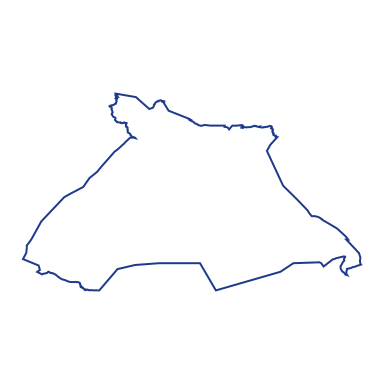 Alvdal nor, Hedmark, Norway (Natural Earth projection)
{"feature_id": "86288312B34159000507118", "entity_name": "Alvdal nor", "entity_type": "district", "adm_level": 2, "iso_a3": "NOR", "parent_name": "Norway", "parent_adm1": "Hedmark", "projection": "natural_earth1", "projection_center": [10.555, 62.097], "detail": "fine", "context": "isolated", "style": "outline", "palette": "blue", "viewbox_px": 384, "rotation_deg": 0, "n_neighbors": 0, "source": "geoboundaries", "source_scale": "gbopen_adm2", "svg_char_len": 5790}
<svg xmlns="http://www.w3.org/2000/svg" viewBox="0 0 384 384"><path d="M159.1,263.2L200.0,263.2L215.9,290.4L280.4,271.8L293.4,263.2L319.5,262.3L321.4,263.3L321.8,264.2L322.4,264.8L323.6,266.5L331.7,260.2L332.6,259.4L334.4,259.0L336.2,258.2L343.8,256.4L344.3,256.5L345.1,256.7L345.0,257.4L344.4,257.9L344.2,258.4L344.0,259.1L344.0,259.7L344.3,260.3L344.2,260.8L343.2,261.6L340.8,266.0L340.5,267.0L340.6,268.3L341.2,269.7L342.4,271.6L343.4,272.1L344.0,272.6L344.8,273.8L345.8,274.9L346.6,274.7L347.0,274.9L346.5,274.1L346.4,273.3L346.4,272.7L346.4,272.4L346.6,270.6L347.3,269.1L347.2,268.8L349.0,268.5L351.9,267.6L352.8,267.1L355.1,266.7L356.8,265.9L359.3,265.2L361.0,264.6L360.4,263.8L359.9,260.4L360.1,260.1L360.3,258.4L360.4,257.9L360.2,256.9L358.8,252.7L357.5,251.7L356.5,250.4L346.5,239.8L346.3,239.6L348.2,239.6L346.1,236.8L337.4,228.8L336.4,228.1L322.3,219.8L322.0,219.2L320.6,218.5L320.1,217.9L317.9,216.9L315.0,216.2L313.9,216.1L312.6,216.2L312.1,216.1L311.7,216.1L309.1,213.0L307.8,210.6L296.8,199.2L283.1,185.7L266.9,150.9L270.4,144.7L277.3,137.1L275.9,136.9L276.0,136.6L275.5,136.4L275.1,136.1L275.0,135.9L275.3,135.6L274.5,135.5L274.0,135.3L274.0,135.1L273.9,135.0L273.2,134.6L273.2,134.4L273.5,134.1L273.4,133.9L273.6,133.8L273.6,133.5L273.7,133.3L273.1,132.5L272.6,132.4L272.5,132.2L272.4,131.9L272.5,131.8L272.4,131.6L272.6,131.3L272.5,130.9L272.9,130.6L272.8,130.2L272.9,129.7L272.6,129.5L272.6,129.2L272.2,129.1L272.1,128.9L271.4,128.5L271.6,128.2L271.4,128.1L271.5,128.0L271.4,127.8L271.3,127.6L271.3,127.4L271.4,127.0L271.6,127.1L271.4,126.7L271.6,126.5L271.4,126.3L271.2,126.2L270.9,126.4L270.7,126.3L270.7,126.1L269.2,126.0L267.9,126.7L266.1,126.9L265.7,127.1L265.1,126.9L264.0,127.3L263.4,127.1L262.5,127.6L260.6,127.2L260.1,127.3L259.9,127.1L259.1,127.0L259.0,126.8L259.2,126.6L257.6,126.8L256.3,126.2L256.0,125.9L255.3,125.9L254.9,126.2L254.6,126.1L254.5,125.9L254.1,125.8L252.9,126.3L252.4,126.6L250.8,126.9L249.9,127.2L248.3,127.1L247.0,127.3L245.6,127.3L243.5,127.0L242.9,128.0L241.8,127.6L241.7,127.7L241.3,127.7L241.4,127.1L241.8,126.4L242.1,125.2L242.3,125.2L242.2,125.1L240.0,125.2L239.3,125.4L236.2,125.7L232.3,125.7L232.0,126.0L229.1,129.4L228.3,128.2L227.4,127.4L226.1,127.0L224.5,126.9L224.6,125.6L210.2,125.6L206.0,125.1L204.5,125.0L203.6,125.2L202.0,125.6L201.5,125.9L201.2,125.9L199.6,125.4L198.3,125.2L198.0,124.9L197.8,124.6L197.3,124.4L197.2,124.2L196.8,124.1L196.5,123.9L196.2,123.9L195.5,123.5L194.9,123.4L194.1,122.5L193.5,122.1L193.1,121.7L192.7,121.6L192.4,121.4L191.7,121.2L191.7,120.9L190.8,120.5L191.4,120.3L191.4,120.1L190.9,120.0L190.6,120.3L190.2,120.3L190.2,119.8L189.9,119.5L188.9,119.0L189.1,118.8L168.6,110.7L163.8,102.9L163.8,102.4L164.1,102.1L163.8,101.9L163.7,101.7L164.0,101.3L163.2,101.1L163.0,101.4L162.9,101.6L162.3,101.8L162.0,101.6L162.0,101.1L162.0,100.9L161.2,100.7L161.4,100.6L161.3,100.4L160.7,100.4L159.1,100.6L158.9,100.7L158.8,100.9L158.6,100.8L157.9,101.1L157.9,101.4L156.7,101.6L156.3,102.2L155.5,102.6L155.0,103.2L154.8,103.8L154.8,104.1L154.6,104.2L154.5,104.5L154.0,104.7L153.9,105.0L153.9,105.8L153.6,106.5L153.5,106.8L152.9,107.6L152.4,108.0L150.6,108.5L149.3,109.0L135.9,97.1L115.6,93.6L115.7,94.0L116.6,94.1L116.6,94.4L116.5,94.6L116.2,94.8L116.2,95.0L115.9,95.0L115.8,94.9L115.6,94.9L115.7,95.2L115.7,95.6L116.2,95.7L115.9,95.9L116.2,96.1L116.8,96.4L116.7,96.5L117.6,96.8L117.9,97.1L116.1,97.6L116.2,98.1L115.8,98.4L116.0,98.5L116.2,98.4L116.6,98.4L117.0,98.8L116.5,99.2L116.5,99.5L116.3,99.8L116.5,99.9L116.5,100.3L116.5,101.2L116.6,101.5L116.4,102.1L115.9,102.6L115.7,103.1L115.9,103.6L115.6,103.8L114.8,104.0L114.1,104.6L113.0,105.0L112.7,105.4L111.6,105.3L110.7,105.5L109.5,106.2L110.0,106.8L111.0,106.9L111.9,108.2L111.8,108.6L111.5,109.0L111.5,109.3L112.1,110.5L112.2,111.0L112.4,111.7L112.7,112.2L112.4,112.7L112.3,113.1L111.8,113.6L111.6,114.1L112.2,114.9L112.6,115.8L113.4,116.9L115.3,117.6L115.5,118.4L115.0,119.9L115.5,120.5L115.8,121.0L116.8,121.5L116.9,122.0L117.5,122.2L118.2,122.3L119.4,122.5L119.7,122.5L120.1,122.3L120.4,122.3L120.7,122.5L120.5,122.8L121.0,123.1L122.9,123.1L123.5,122.6L123.8,122.5L124.0,122.8L124.6,122.7L125.1,123.0L126.0,122.8L126.6,123.0L126.5,123.6L126.0,124.2L125.9,124.5L125.9,125.0L126.2,125.6L125.9,126.4L126.1,126.7L127.3,127.2L127.6,127.6L127.6,128.0L127.4,128.9L127.4,129.3L127.9,130.1L127.9,130.3L127.6,130.6L127.5,130.9L127.8,131.7L127.8,132.3L128.1,132.7L128.5,132.9L129.6,133.3L130.0,133.9L130.1,134.5L130.3,134.8L131.2,135.4L131.8,136.6L132.3,136.9L133.9,137.2L134.7,137.6L135.2,137.8L135.5,138.2L133.4,137.6L132.2,137.7L130.4,137.5L130.0,137.7L129.3,138.5L125.9,141.6L125.3,142.3L124.8,142.7L124.0,143.7L121.6,145.7L120.7,146.7L118.3,148.8L117.3,149.7L114.6,151.6L101.0,167.1L97.2,171.8L89.5,178.0L83.3,186.9L70.2,193.8L64.2,197.2L41.3,221.4L31.5,239.1L28.1,243.9L26.8,245.4L26.8,247.3L26.3,252.8L23.0,259.1L38.6,265.5L39.9,269.9L37.2,271.9L41.7,274.2L42.2,274.3L42.3,274.1L42.9,274.0L44.0,273.5L45.4,273.5L46.2,273.1L47.0,272.9L47.4,272.8L48.1,271.8L48.3,271.7L49.3,272.0L50.2,272.8L50.5,273.0L52.7,273.1L53.2,273.6L53.7,273.7L54.3,274.1L55.5,274.5L57.6,276.3L57.8,276.6L58.1,276.8L58.7,277.0L59.9,278.1L62.4,279.4L63.1,279.6L65.4,280.2L66.9,281.0L70.1,282.0L73.2,282.1L75.9,281.9L76.6,282.2L77.4,282.0L78.3,282.2L78.9,282.5L79.4,282.6L79.8,282.9L79.7,283.4L79.9,283.7L80.2,284.3L80.1,284.5L80.2,285.1L80.6,285.3L80.7,285.7L80.6,286.1L81.2,286.2L81.4,286.5L81.1,286.9L81.0,287.2L82.0,287.6L82.5,287.5L82.7,288.0L83.1,288.0L83.4,288.5L84.2,288.8L84.2,289.1L84.5,289.2L84.5,289.6L84.8,290.0L85.1,290.2L85.8,290.0L85.7,289.9L86.0,289.9L86.2,289.7L86.6,289.5L88.0,289.8L88.1,290.0L88.4,290.0L88.8,290.2L89.4,290.3L89.7,290.1L90.1,290.3L91.9,290.1L92.6,290.3L99.3,290.4L117.5,269.1L135.0,265.0L159.1,263.2Z" fill="none" stroke="#1e3a8a" stroke-width="2"/></svg>